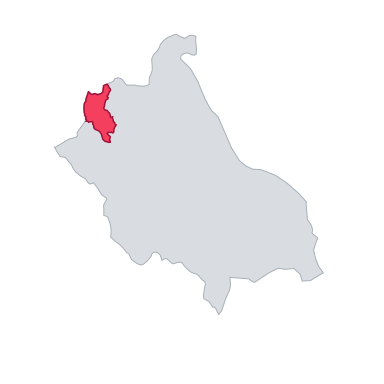 location of Kyustendil within Bulgaria, rotated 55°
{"feature_id": "BGR-2252", "entity_name": "Kyustendil", "entity_type": "Province", "adm_level": 1, "iso_a3": "BGR", "parent_name": "Bulgaria", "parent_adm1": "", "projection": "mercator", "projection_center": [22.877, 42.321], "detail": "fine", "context": "in_parent", "style": "filled", "palette": "rose", "viewbox_px": 384, "rotation_deg": 55, "n_neighbors": 0, "source": "natural_earth", "source_scale": "10m", "svg_char_len": 3647}
<svg xmlns="http://www.w3.org/2000/svg" viewBox="0 0 384 384"><g transform="rotate(55 192 192)"><path d="M307.6,240.5L301.5,239.4L299.3,239.7L298.0,241.2L295.1,240.9L291.6,240.9L287.9,242.7L285.9,243.4L283.2,241.8L278.1,237.1L275.0,233.7L272.7,232.9L270.4,233.9L262.2,235.0L260.2,236.9L256.4,239.1L252.6,240.1L247.1,240.8L244.2,240.7L242.6,241.8L241.2,244.9L240.3,247.9L239.5,249.2L232.6,250.7L231.1,252.4L230.7,254.1L230.8,255.8L225.4,254.2L221.1,255.3L220.2,256.6L219.3,258.5L219.8,260.5L221.3,262.4L222.8,267.7L223.3,272.9L222.4,275.9L219.3,278.0L212.8,280.3L206.5,279.2L203.8,280.2L199.1,280.5L194.8,281.1L188.2,283.2L182.3,284.5L177.0,280.1L170.6,277.1L164.0,275.4L161.7,276.7L160.7,277.7L155.1,273.8L152.6,272.4L151.4,270.9L149.1,265.8L147.7,265.6L143.1,267.5L138.7,267.5L136.0,267.1L128.1,267.3L127.1,270.8L126.1,271.4L124.4,271.9L120.2,271.6L114.8,274.2L109.0,275.8L104.5,275.9L99.9,275.1L97.1,275.6L91.1,275.9L87.3,279.7L81.4,279.5L76.4,278.9L77.0,277.7L78.0,262.6L80.5,255.8L80.4,254.4L79.9,253.4L77.7,252.3L76.1,248.6L72.8,239.0L71.0,237.0L65.8,235.0L61.3,232.2L57.5,228.5L50.5,219.4L54.0,218.5L55.1,216.6L58.6,211.6L59.0,209.1L58.7,207.7L56.3,205.3L54.7,200.0L55.9,195.0L56.0,192.5L54.8,190.0L56.1,186.8L58.6,185.1L60.2,184.6L66.9,184.3L71.2,178.0L73.7,175.9L76.4,172.4L77.6,171.0L78.8,168.3L79.2,165.4L73.9,161.4L72.1,158.4L69.7,155.0L66.5,152.7L60.0,148.8L57.5,144.8L56.4,139.5L54.7,135.6L52.8,133.0L52.4,130.9L51.6,128.3L51.5,123.2L53.0,116.5L54.0,114.1L56.2,113.4L62.0,109.8L62.2,105.2L63.3,102.3L65.2,100.6L66.9,99.5L70.0,102.2L77.8,106.5L81.5,109.6L81.3,111.6L79.6,113.5L76.2,115.4L74.3,117.8L73.7,120.9L74.2,123.1L76.6,125.0L90.4,122.5L104.5,123.8L123.3,128.0L135.9,129.4L145.1,127.5L162.2,131.0L178.2,134.3L193.5,135.2L202.0,132.7L208.1,129.2L213.3,122.7L226.1,114.1L238.5,109.3L254.7,105.3L265.6,104.0L267.1,105.3L280.9,113.3L287.1,113.3L292.0,114.7L293.9,116.8L295.1,117.3L301.7,115.3L304.7,119.7L309.2,125.7L317.0,128.8L324.0,130.6L326.2,130.9L333.5,130.8L332.4,145.9L328.1,152.9L321.5,150.5L313.0,152.5L308.6,160.4L306.0,162.8L303.7,165.5L302.3,175.8L301.9,192.6L298.7,194.6L295.8,195.2L283.6,209.9L290.6,214.0L293.7,217.2L298.9,225.9L306.2,235.7L307.6,240.5Z" fill="#d9dde1" stroke="#a8b0b8" stroke-width="1"/><path d="M50.5,219.4L51.4,218.9L53.3,218.9L54.1,218.6L54.8,217.8L55.5,215.5L56.2,214.6L56.9,214.3L57.4,214.1L58.0,213.8L58.4,212.8L59.1,210.6L59.2,209.3L59.0,208.4L58.7,207.5L58.1,206.8L56.7,205.8L54.4,203.6L54.2,203.5L54.3,202.2L54.9,199.8L56.7,199.6L58.9,200.0L60.7,199.8L62.0,200.5L62.6,202.3L63.5,203.8L64.3,204.6L64.5,205.9L65.2,206.8L66.6,206.4L67.4,207.6L67.2,209.5L67.9,210.6L68.9,211.8L69.6,212.9L70.6,213.6L71.6,214.6L72.4,215.9L73.4,216.5L74.7,216.3L76.5,214.8L79.2,214.6L80.2,214.3L82.7,215.1L83.5,215.7L84.3,215.6L84.9,213.9L86.2,215.0L87.5,215.2L88.8,215.9L90.0,215.7L90.8,215.6L91.5,216.0L92.6,216.0L93.6,215.7L95.1,219.2L95.6,219.5L95.9,220.1L96.7,220.9L97.7,221.3L98.3,222.6L97.9,223.3L96.9,223.6L96.4,224.7L95.0,226.6L95.6,228.0L97.6,227.7L99.6,227.2L100.8,228.1L101.7,229.6L103.1,229.7L104.3,230.3L103.8,231.6L102.6,232.5L100.4,234.3L97.8,234.8L92.0,232.9L91.2,233.1L90.3,233.0L89.3,233.0L87.1,234.1L85.8,235.1L84.4,235.5L83.0,235.6L81.8,234.8L80.5,234.3L79.2,234.4L78.4,233.3L77.2,233.3L75.9,235.5L75.6,236.7L74.6,236.6L73.8,237.4L73.2,238.1L73.1,237.7L72.9,237.4L72.4,237.0L72.1,237.0L71.4,237.3L71.1,237.3L70.8,237.0L70.6,236.6L70.5,236.2L70.3,235.9L69.8,235.9L67.8,236.0L67.5,235.9L67.3,235.6L67.1,235.3L66.9,235.2L65.5,234.9L63.3,233.7L62.9,233.5L59.0,230.7L58.0,229.7L57.9,229.5L57.3,228.5L56.7,226.8L55.0,225.5L50.5,219.4Z" fill="#f43f5e" stroke="#9f1239" stroke-width="1.5"/></g></svg>